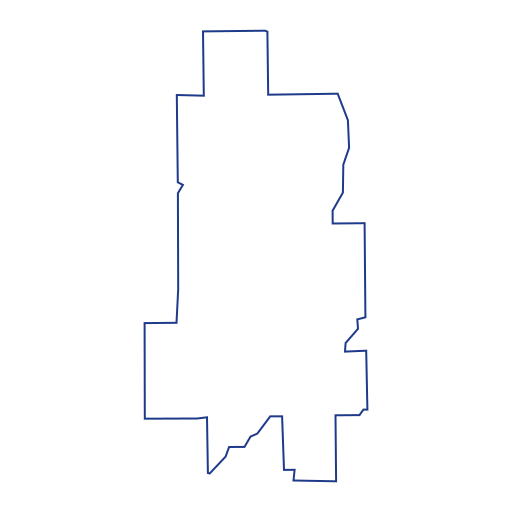 the district of Crenshaw, Alabama, United States of America
{"feature_id": "52423323B38201258104652", "entity_name": "Crenshaw", "entity_type": "district", "adm_level": 2, "iso_a3": "USA", "parent_name": "United States of America", "parent_adm1": "Alabama", "projection": "mercator", "projection_center": [-86.295, 31.746], "detail": "fine", "context": "isolated", "style": "outline", "palette": "blue", "viewbox_px": 512, "rotation_deg": 0, "n_neighbors": 0, "source": "geoboundaries", "source_scale": "gbopen_adm2", "svg_char_len": 684}
<svg xmlns="http://www.w3.org/2000/svg" viewBox="0 0 512 512"><path d="M144.8,418.7L197.3,418.5L207.0,417.3L207.9,473.0L209.7,473.5L225.6,456.6L229.1,447.0L244.5,446.9L250.5,436.6L257.3,433.6L270.3,416.3L282.1,416.3L284.0,469.9L294.6,469.8L293.5,480.5L336.1,481.3L335.5,415.3L359.5,415.1L363.4,409.6L367.4,409.6L366.2,350.7L345.0,351.6L345.6,343.0L358.0,328.8L357.3,319.4L365.4,317.3L364.6,223.2L332.7,223.5L332.6,210.7L342.9,192.6L343.3,164.7L349.1,147.8L347.9,120.2L337.7,93.7L268.2,94.7L267.4,31.7L265.2,30.7L203.0,31.4L203.8,95.7L176.8,95.0L177.8,182.3L182.9,184.9L177.9,193.2L178.2,289.3L176.5,322.8L144.6,323.1L144.8,418.7Z" fill="none" stroke="#1e3a8a" stroke-width="2"/></svg>